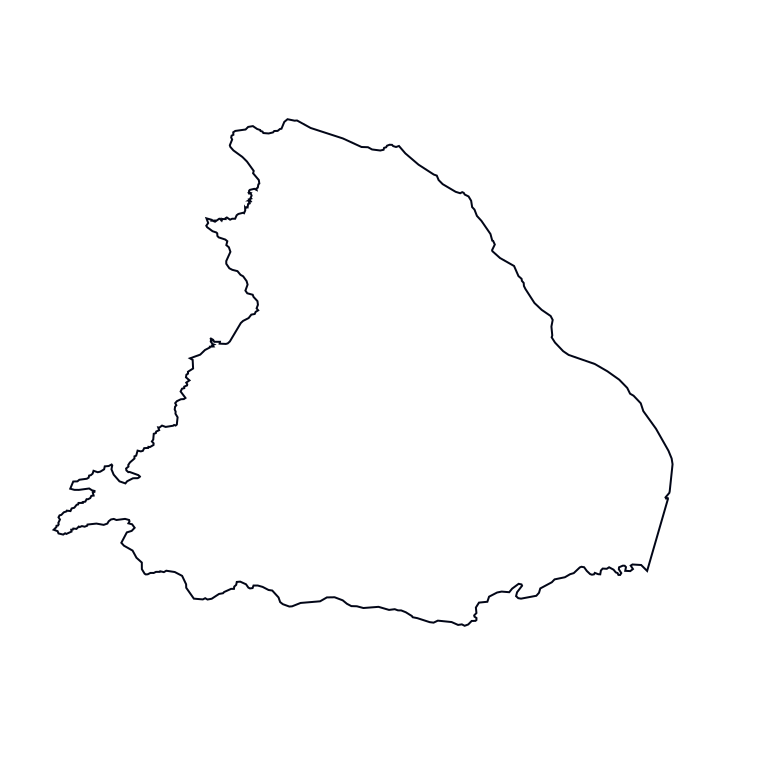 the district of Timor Tengah Selatan, Nusa Tenggara Timur, Indonesia, rotated 280°
{"feature_id": "22746128B39495189442435", "entity_name": "Timor Tengah Selatan", "entity_type": "district", "adm_level": 2, "iso_a3": "IDN", "parent_name": "Indonesia", "parent_adm1": "Nusa Tenggara Timur", "projection": "equal_earth", "projection_center": [124.357, -9.823], "detail": "fine", "context": "isolated", "style": "outline", "palette": "ink", "viewbox_px": 768, "rotation_deg": 280, "n_neighbors": 0, "source": "geoboundaries", "source_scale": "gbopen_adm2", "svg_char_len": 6142}
<svg xmlns="http://www.w3.org/2000/svg" viewBox="0 0 768 768"><g transform="rotate(280 384 384)"><path d="M245.6,675.6L320.2,683.6L320.9,683.2L320.2,681.7L321.2,680.9L326.3,683.9L327.9,684.0L355.1,682.1L360.6,680.2L367.7,675.7L387.2,659.6L402.3,644.1L409.6,640.2L415.8,631.8L417.2,628.0L422.4,624.2L429.1,614.9L435.3,601.8L440.3,588.1L444.7,560.8L447.4,554.8L454.5,545.2L459.1,541.0L461.0,541.3L469.6,538.9L476.4,539.0L479.9,536.3L484.4,526.4L489.9,518.1L502.1,506.8L504.8,504.8L507.8,504.0L509.5,501.9L511.5,501.2L513.6,497.7L522.8,491.6L528.2,476.4L533.6,467.7L534.6,467.2L540.6,468.9L543.9,466.6L544.0,465.7L550.2,462.8L561.6,451.6L565.7,446.3L571.5,442.8L573.5,440.1L579.6,438.0L583.4,434.7L584.6,430.6L586.1,429.3L586.5,427.7L585.1,425.9L585.7,421.2L591.0,407.1L594.3,402.4L598.4,399.8L598.9,396.7L606.0,379.9L614.8,365.0L621.0,357.4L619.5,354.7L619.9,351.7L620.9,350.4L620.6,348.0L619.2,345.6L617.5,345.0L616.6,343.1L614.6,342.9L613.3,339.8L612.9,331.5L614.4,327.1L613.5,320.7L618.7,300.8L623.4,267.3L628.4,252.6L627.8,250.2L628.0,243.0L624.8,240.3L617.6,238.7L617.1,237.3L614.8,235.3L614.1,232.0L612.5,231.0L610.7,226.9L610.2,221.6L611.5,220.5L611.7,218.5L612.6,218.0L613.1,214.8L615.2,210.1L613.6,205.6L610.6,203.5L607.4,193.6L605.7,191.8L603.3,192.4L602.1,190.8L600.2,190.7L598.4,192.0L592.3,190.7L590.8,191.5L587.9,195.1L583.0,205.1L579.3,210.4L571.2,218.7L568.8,218.5L563.1,225.3L559.8,226.4L558.8,225.6L555.5,225.6L554.2,224.3L553.0,224.8L553.7,222.4L551.9,218.2L551.0,217.6L549.4,217.7L549.2,218.6L548.7,217.6L548.1,218.1L548.7,219.6L546.5,220.9L544.2,220.3L543.6,221.0L542.5,219.1L542.0,219.7L541.4,219.0L541.6,220.0L540.6,221.1L539.7,219.5L538.5,220.3L537.6,218.9L534.2,219.0L534.2,217.7L532.9,217.2L533.5,216.6L530.7,217.2L527.9,216.5L528.2,215.6L526.2,211.1L524.6,209.6L520.9,208.7L520.4,205.8L519.1,203.9L520.7,200.3L519.8,199.2L518.9,199.4L518.4,196.1L517.4,195.9L518.0,195.5L517.1,195.1L518.3,193.8L518.1,193.0L514.5,189.4L514.8,187.9L515.5,188.6L514.9,185.7L515.8,185.7L516.3,180.4L512.0,182.9L509.0,181.5L507.7,182.6L504.7,188.6L504.1,192.6L503.4,193.6L500.9,194.2L499.7,195.7L498.7,202.6L497.4,204.9L493.4,204.6L491.7,207.5L487.5,209.8L477.7,207.3L475.0,207.8L471.1,211.6L470.1,214.8L469.7,220.1L466.6,223.7L465.6,226.6L461.5,230.8L458.2,232.4L451.9,231.3L449.6,233.6L449.1,239.2L447.1,240.4L443.6,245.0L440.1,246.1L436.4,245.4L434.7,247.3L432.8,245.1L430.5,244.5L429.3,241.3L425.4,239.2L421.7,234.3L419.2,232.4L399.1,224.8L396.8,223.0L396.0,221.3L395.2,215.1L397.1,215.1L396.1,209.5L397.8,208.1L399.0,204.9L397.0,207.0L396.9,206.0L395.7,206.0L393.6,208.2L393.3,209.7L392.3,208.2L391.3,209.4L390.5,206.0L389.7,206.1L386.4,201.8L381.0,197.9L375.6,188.5L374.5,191.4L366.1,193.3L362.0,188.8L360.2,189.2L358.9,187.8L356.2,187.8L353.8,191.8L351.0,189.0L349.5,190.3L348.4,190.3L346.7,187.7L345.2,188.0L344.3,185.9L341.3,185.0L335.8,190.9L334.4,189.5L333.7,186.6L331.1,183.0L328.9,181.7L327.0,183.2L325.4,182.2L322.6,182.3L320.6,183.6L318.5,183.8L315.4,186.5L308.1,187.0L306.9,186.0L307.2,184.4L306.3,183.6L303.8,176.4L304.5,172.6L302.0,170.3L302.0,169.2L299.5,170.6L297.6,167.9L296.0,167.8L295.0,165.9L289.2,166.4L287.1,165.4L285.6,167.4L283.9,167.6L281.3,164.5L281.2,162.9L280.1,162.9L279.2,159.0L276.3,158.1L275.4,156.2L275.6,152.9L270.4,152.4L269.4,150.8L267.3,151.2L262.6,147.4L259.8,146.2L258.3,146.7L256.0,144.7L254.2,145.3L252.8,147.5L253.2,148.8L251.6,157.9L250.5,159.7L249.8,159.4L248.5,157.8L247.6,153.2L243.6,147.9L241.2,146.6L242.2,140.4L247.8,133.5L252.7,130.4L256.7,130.5L257.4,129.7L255.4,127.1L254.4,123.3L251.4,123.2L248.4,119.8L247.4,117.4L248.1,113.0L245.1,112.6L243.3,111.1L242.6,109.5L240.5,109.4L239.1,107.8L236.8,100.6L234.9,99.0L234.0,94.9L226.4,93.2L226.0,97.4L226.7,101.8L229.9,111.8L228.6,114.9L228.4,117.5L227.5,117.6L226.7,116.0L223.7,117.4L223.0,115.2L220.6,114.5L219.1,112.5L218.9,111.1L216.3,110.3L215.4,107.8L214.6,108.0L213.8,103.8L212.3,103.7L211.7,102.3L208.4,100.5L207.2,98.0L204.4,97.3L204.2,93.6L203.4,93.4L202.0,90.9L199.1,89.0L198.3,87.3L196.2,86.6L194.3,88.4L190.6,87.4L189.4,88.0L188.1,87.6L187.5,86.1L186.2,86.2L183.1,84.0L182.4,88.1L180.3,89.4L180.0,94.2L181.6,95.9L181.2,97.2L184.4,101.9L186.2,101.3L186.6,102.8L187.7,103.1L187.9,106.3L190.6,108.2L190.3,109.2L191.6,111.2L191.5,114.0L192.9,116.3L194.1,116.4L196.6,125.0L196.6,132.4L198.5,135.8L201.0,136.7L203.2,138.7L204.2,141.3L203.6,144.1L206.2,152.4L205.8,156.6L204.6,157.2L202.4,156.5L202.1,160.3L199.1,163.4L195.5,161.0L193.2,156.5L182.0,152.9L179.6,156.0L176.3,165.3L169.9,170.4L166.1,176.5L159.6,177.7L155.6,181.2L155.1,182.5L155.6,184.4L157.4,186.8L157.9,190.0L159.4,192.1L160.1,195.9L160.7,196.1L160.5,199.9L162.3,202.0L162.5,210.6L160.0,218.5L152.4,223.9L149.0,224.6L139.6,234.0L140.4,243.0L142.0,245.1L141.1,247.6L142.6,251.6L148.6,258.0L150.0,261.8L151.4,262.7L155.7,269.0L156.2,271.8L158.5,271.7L160.5,273.3L163.5,273.4L164.4,276.7L162.8,282.9L159.9,285.8L159.4,287.5L160.2,290.0L162.9,290.5L163.6,294.8L163.1,299.7L161.1,306.1L161.2,309.8L155.5,317.2L151.2,319.6L149.6,322.6L148.4,329.4L149.1,332.1L153.9,339.9L158.9,358.8L163.9,364.8L165.4,372.4L163.8,380.9L161.1,385.7L159.6,390.4L160.4,395.9L159.8,402.6L163.6,417.3L162.4,428.2L164.1,433.7L163.5,437.0L164.0,440.3L163.0,445.1L160.3,451.8L159.3,452.7L159.2,457.5L157.4,470.4L157.6,474.3L160.3,478.1L161.3,491.9L159.6,498.8L160.8,502.4L159.9,505.4L161.8,508.7L165.9,511.5L166.6,515.2L167.6,516.0L169.6,515.7L170.6,513.5L171.8,513.0L174.5,514.8L179.8,513.3L185.2,515.5L187.5,523.6L192.8,524.4L198.3,531.6L200.0,535.9L200.7,543.5L204.7,545.7L210.6,551.3L210.5,554.2L209.3,555.0L202.0,551.2L198.0,550.9L196.4,553.4L196.4,556.2L201.9,570.8L205.3,572.9L209.8,573.4L217.9,583.7L221.2,585.9L225.1,595.7L229.0,600.3L230.7,603.7L237.4,608.7L238.3,610.2L238.3,612.9L235.1,616.2L232.6,620.0L232.3,621.9L233.0,623.8L234.6,624.4L233.9,628.0L234.1,630.0L238.0,630.0L240.2,631.4L240.7,635.5L242.6,637.5L241.0,642.3L238.7,645.0L238.4,646.8L236.7,648.0L237.0,649.7L239.0,650.5L242.4,647.4L244.3,647.3L246.6,650.8L246.8,652.6L245.7,654.1L241.9,654.0L242.5,659.0L245.0,661.3L248.0,658.5L249.4,660.0L250.4,668.7L245.6,675.6Z" fill="none" stroke="#020617" stroke-width="2"/></g></svg>